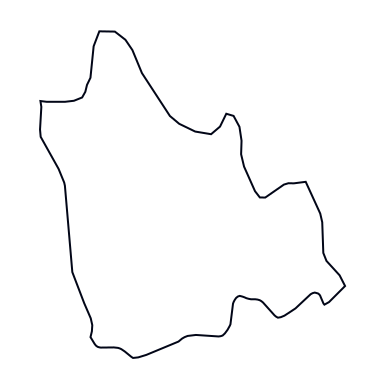 map outline of Jendouba (Albers equal-area conic projection), rotated 88°
{"feature_id": "TUN-106", "entity_name": "Jendouba", "entity_type": "Governorate", "adm_level": 1, "iso_a3": "TUN", "parent_name": "Tunisia", "parent_adm1": "", "projection": "albers", "projection_center": [8.765, 36.686], "detail": "fine", "context": "isolated", "style": "outline", "palette": "ink", "viewbox_px": 384, "rotation_deg": 88, "n_neighbors": 0, "source": "natural_earth", "source_scale": "10m", "svg_char_len": 1460}
<svg xmlns="http://www.w3.org/2000/svg" viewBox="0 0 384 384"><g transform="rotate(88 192 192)"><path d="M156.0,141.6L168.4,139.1L193.4,129.0L199.8,124.4L200.1,119.0L187.8,99.9L186.6,95.3L186.9,89.9L185.8,78.0L192.5,75.2L218.0,64.6L226.8,62.9L257.5,62.9L265.6,60.0L280.4,47.4L291.3,42.3L306.8,58.9L309.2,63.6L308.0,64.5L301.3,67.1L300.4,67.4L299.0,68.2L297.8,69.6L296.8,72.8L297.3,75.0L298.3,77.0L312.0,92.7L318.8,103.9L320.2,107.6L320.6,110.5L319.6,112.2L318.2,113.8L304.9,124.9L303.5,126.5L302.5,128.1L301.8,130.2L301.4,132.6L301.3,136.6L300.7,139.2L300.0,141.4L299.1,143.2L298.3,145.2L297.5,147.9L298.0,149.7L299.3,151.5L301.1,152.9L303.1,154.1L305.0,154.9L325.6,158.2L327.2,159.0L331.0,161.3L334.5,164.1L336.5,166.4L337.1,168.4L337.3,170.5L335.0,193.1L335.7,201.4L336.8,204.5L338.2,207.1L341.0,210.7L353.2,243.3L355.4,251.5L355.8,256.7L354.7,258.3L349.0,264.8L346.6,268.1L345.8,269.7L345.2,271.4L344.6,275.6L344.3,288.6L344.0,290.1L343.4,291.8L342.1,293.4L340.3,294.7L333.5,298.5L327.7,296.9L321.6,296.3L314.7,297.6L299.4,303.6L267.9,314.4L181.3,318.8L178.1,319.4L164.3,324.5L131.6,341.3L124.3,341.7L101.7,339.6L95.8,340.3L96.8,334.0L97.4,315.5L96.7,306.8L93.7,298.5L88.1,295.1L81.3,293.2L74.3,289.5L42.9,285.2L28.2,279.0L28.2,278.8L29.0,263.5L37.6,253.2L48.1,246.6L71.4,237.9L115.3,211.4L123.4,202.4L131.7,186.7L134.9,170.9L127.6,161.7L115.0,155.0L117.4,147.8L128.5,142.3L142.5,140.7L156.0,141.6Z" fill="none" stroke="#020617" stroke-width="2"/></g></svg>